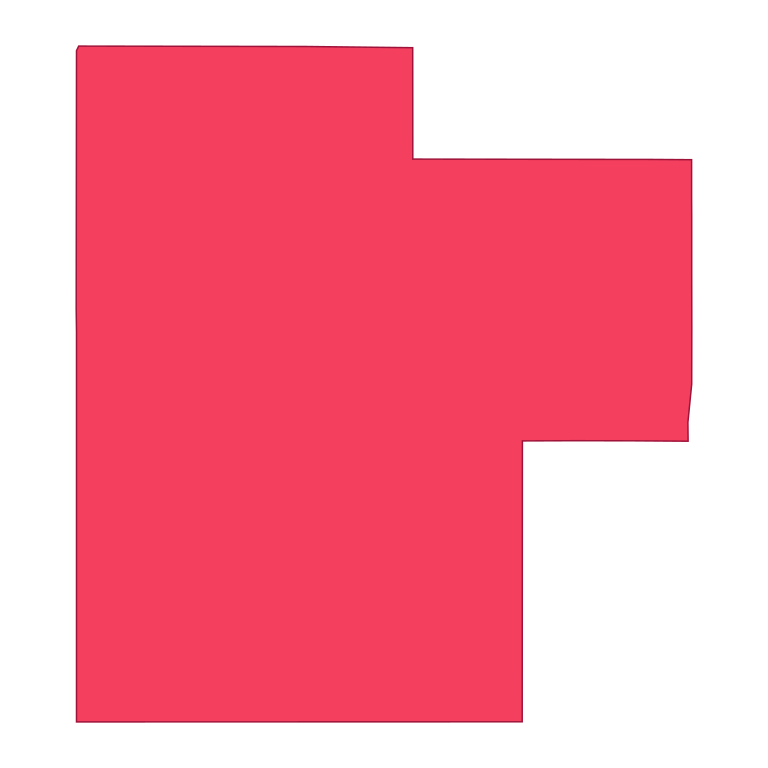 the district of Creek, Oklahoma, United States of America
{"feature_id": "52423323B90681107174232", "entity_name": "Creek", "entity_type": "district", "adm_level": 2, "iso_a3": "USA", "parent_name": "United States of America", "parent_adm1": "Oklahoma", "projection": "natural_earth1", "projection_center": [-96.229, 35.901], "detail": "fine", "context": "isolated", "style": "filled", "palette": "rose", "viewbox_px": 768, "rotation_deg": 0, "n_neighbors": 0, "source": "geoboundaries", "source_scale": "gbopen_adm2", "svg_char_len": 411}
<svg xmlns="http://www.w3.org/2000/svg" viewBox="0 0 768 768"><path d="M522.2,721.8L522.4,440.9L575.2,440.7L632.9,440.8L688.1,441.2L687.9,422.4L691.7,384.2L691.8,328.0L691.7,271.7L691.7,215.6L691.6,197.0L691.6,159.7L645.3,159.4L617.2,159.4L539.1,159.3L412.8,159.1L412.7,47.7L305.7,46.5L78.7,46.1L76.5,50.7L76.2,309.3L76.5,332.1L76.5,721.9L522.2,721.8Z" fill="#f43f5e" stroke="#9f1239" stroke-width="1.5"/></svg>